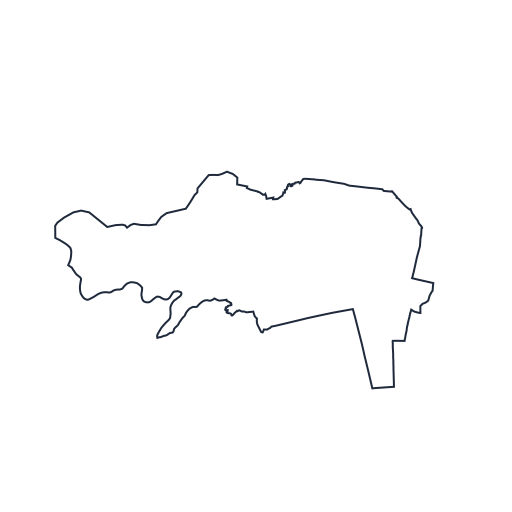 outline of Sacu, Caras-Severin, Romania, rotated 212°
{"feature_id": "2599482B680893126759", "entity_name": "Sacu", "entity_type": "district", "adm_level": 2, "iso_a3": "ROU", "parent_name": "Romania", "parent_adm1": "Caras-Severin", "projection": "orthographic", "projection_center": [22.117, 45.574], "detail": "fine", "context": "isolated", "style": "outline", "palette": "slate", "viewbox_px": 512, "rotation_deg": 212, "n_neighbors": 0, "source": "geoboundaries", "source_scale": "gbopen_adm2", "svg_char_len": 6021}
<svg xmlns="http://www.w3.org/2000/svg" viewBox="0 0 512 512"><g transform="rotate(212 256 256)"><path d="M88.0,319.3L87.8,319.9L87.8,320.1L89.7,323.7L91.3,327.0L106.7,321.6L111.9,319.9L112.4,321.8L113.0,323.4L113.1,323.8L113.4,324.7L113.5,325.2L119.0,340.6L122.2,351.3L126.1,358.5L126.1,358.9L126.9,360.2L126.8,360.8L130.3,367.2L130.0,367.6L130.2,368.1L131.7,368.9L134.2,369.6L135.4,370.1L136.8,371.1L138.3,372.0L139.7,372.4L146.4,375.2L147.9,376.2L149.8,377.7L150.5,376.8L154.1,377.2L156.0,377.5L160.7,378.7L165.8,380.2L167.0,379.9L167.6,379.9L167.8,380.1L167.9,380.8L174.9,383.0L175.2,382.8L175.2,382.4L182.1,378.9L184.3,379.5L190.9,376.4L197.8,372.9L207.4,368.4L214.2,365.1L219.5,363.9L224.9,361.6L230.4,359.3L238.6,356.2L245.7,352.4L247.8,351.6L248.1,351.3L251.8,349.4L255.3,347.5L256.7,346.4L257.0,344.1L257.1,342.8L257.0,341.7L257.4,340.8L258.9,341.4L260.0,340.5L260.6,339.7L261.3,339.3L261.7,338.7L261.7,338.1L261.6,337.7L262.8,336.9L263.6,335.8L263.1,335.4L262.5,335.4L262.3,334.9L263.2,333.7L263.8,333.6L265.4,334.8L266.0,334.8L266.6,333.5L266.1,331.7L265.9,331.7L266.2,330.9L265.9,330.0L265.4,329.6L265.4,328.6L266.5,327.1L265.3,325.6L265.1,324.9L266.5,324.4L265.9,323.1L265.6,321.1L266.4,319.5L267.9,315.9L269.6,314.5L271.7,313.1L272.3,314.7L277.3,310.1L279.3,312.3L281.0,313.6L281.1,312.5L282.7,311.6L283.3,311.9L284.0,311.7L285.7,311.9L287.0,311.9L288.6,311.4L288.8,311.6L295.9,309.3L299.8,308.8L300.0,309.4L300.3,310.3L309.9,306.7L313.4,312.6L319.0,313.3L325.3,312.1L328.4,307.5L331.1,304.5L333.3,303.3L335.4,302.0L337.5,300.6L339.0,299.5L341.4,282.4L339.5,278.8L340.4,275.1L340.3,270.8L340.3,266.6L340.4,262.4L340.6,258.9L354.5,245.0L357.0,239.1L357.3,236.4L357.5,233.7L357.6,229.9L362.6,225.7L370.3,221.2L376.5,218.7L378.7,216.0L380.4,211.7L383.1,212.6L385.8,211.8L391.4,207.8L397.5,201.8L420.6,204.6L428.4,201.8L434.0,196.2L439.1,186.9L442.1,179.1L442.3,175.2L435.8,165.0L430.6,165.5L428.9,165.5L424.2,165.5L422.3,165.4L419.2,164.9L417.4,164.3L415.2,162.2L413.1,158.5L411.5,154.8L410.8,151.5L410.4,148.7L405.8,148.5L404.1,147.5L402.2,146.8L399.9,145.7L398.2,145.2L393.8,144.7L393.3,144.5L392.6,144.2L392.2,143.7L391.8,143.2L391.3,141.7L389.9,138.4L389.2,136.9L387.8,134.7L386.5,133.1L385.2,131.7L384.0,130.9L382.7,130.2L380.8,129.4L380.0,129.1L378.9,129.0L378.2,129.0L376.8,129.2L375.8,129.5L374.7,130.6L373.9,132.0L372.0,135.2L369.8,139.9L369.1,141.0L368.0,142.5L367.0,143.6L365.9,144.5L364.8,145.3L362.8,146.5L361.3,147.1L360.2,148.0L359.5,149.1L358.8,150.7L358.2,151.7L357.6,152.4L356.7,153.3L355.5,154.3L353.8,155.3L352.9,156.4L352.4,156.9L352.0,157.9L351.9,159.3L351.6,161.4L351.2,162.9L350.7,164.3L349.8,165.7L348.6,167.1L347.4,168.0L345.1,169.1L342.5,169.9L341.0,169.9L338.4,169.6L336.9,169.2L335.7,168.7L334.6,166.7L332.7,162.4L331.6,161.2L329.9,159.4L328.3,158.4L326.7,158.1L325.1,158.4L323.7,159.0L322.2,160.1L321.4,161.4L320.8,162.8L320.5,164.2L319.2,167.6L318.4,169.1L317.3,169.7L315.9,170.3L313.5,170.3L310.8,170.7L309.8,171.1L308.8,171.8L308.0,172.6L307.6,173.5L307.2,174.6L307.1,175.5L307.1,179.2L307.0,181.3L306.4,182.5L305.3,183.4L303.7,184.7L301.8,185.2L300.3,185.4L299.4,184.8L299.0,183.7L298.9,182.7L299.2,181.2L300.0,179.4L301.0,176.5L301.8,174.8L302.1,172.4L302.1,171.5L302.0,169.6L301.8,168.6L301.5,167.4L300.9,166.2L299.5,164.2L297.8,161.8L296.6,159.2L296.1,158.1L296.0,157.5L296.1,155.8L297.2,151.3L298.0,146.7L298.2,144.7L298.1,139.8L298.0,138.3L297.8,136.5L297.1,135.2L296.2,134.3L295.1,135.7L293.8,136.7L291.7,139.6L291.0,140.1L290.5,140.6L289.5,142.1L288.2,145.1L286.2,146.8L286.0,148.3L286.7,150.3L286.8,150.8L286.5,152.8L286.0,154.3L285.7,155.7L285.6,156.8L285.8,159.3L285.5,164.2L285.2,165.8L284.8,167.5L284.9,168.6L285.1,169.4L285.2,170.7L285.1,172.8L284.6,175.8L284.2,176.6L283.2,178.4L282.4,179.4L281.2,180.2L280.0,180.9L279.3,181.5L279.0,182.4L278.8,184.2L278.1,186.8L277.4,188.7L276.6,190.2L275.5,191.5L274.1,192.6L273.1,193.0L272.1,193.3L271.1,193.9L270.5,194.5L269.1,196.9L268.8,197.9L268.2,198.0L266.4,198.1L264.7,198.3L263.5,198.7L262.1,199.7L259.4,201.9L257.8,203.3L257.6,203.2L257.5,202.5L257.2,202.4L254.1,202.9L253.8,202.7L253.5,202.6L252.2,202.9L251.9,202.7L251.7,202.3L251.6,202.0L251.1,201.8L250.9,201.3L253.4,198.7L253.2,198.0L253.3,197.7L254.1,196.8L253.8,196.5L254.1,195.9L253.8,195.7L253.9,195.2L253.8,194.6L253.6,194.1L253.2,193.9L252.6,194.1L251.7,194.9L251.3,195.1L251.1,194.7L250.8,194.0L251.2,193.7L251.3,193.4L251.4,193.1L251.2,192.7L250.9,192.5L249.4,192.7L247.7,193.6L246.5,193.7L246.0,193.4L245.3,192.7L244.9,192.7L244.6,193.0L244.4,193.6L244.2,194.6L243.9,196.5L243.0,199.5L242.6,199.4L242.4,199.4L241.4,201.1L238.9,201.4L238.4,201.5L237.3,202.3L236.2,202.7L234.9,203.0L233.9,203.4L231.9,205.0L228.8,207.4L228.2,206.8L225.4,204.4L223.6,203.7L222.1,203.5L222.0,203.2L221.0,201.5L220.0,200.1L218.8,198.9L218.0,198.3L211.4,194.3L209.9,194.7L209.9,195.7L210.4,197.8L207.6,199.5L207.0,200.8L206.3,201.8L205.9,202.5L205.7,203.2L205.6,204.2L202.9,206.7L200.0,209.6L183.6,226.3L179.5,230.5L175.4,234.5L171.3,238.5L160.7,248.7L152.0,256.6L145.7,262.3L141.0,257.9L140.9,257.9L119.4,237.3L115.0,232.9L112.1,229.9L99.9,218.0L87.2,205.4L84.6,207.4L69.7,218.2L72.0,221.7L80.3,234.2L81.0,235.4L82.1,236.9L84.1,240.1L86.1,242.9L87.3,244.9L89.9,248.7L90.9,250.0L92.6,252.6L93.8,254.6L94.3,255.1L95.1,256.4L95.1,256.5L91.8,258.6L86.4,261.9L85.0,262.7L85.4,263.5L85.9,265.1L86.3,266.1L86.7,266.9L86.9,267.6L87.4,268.5L87.6,269.3L88.2,270.8L88.2,271.1L88.7,272.3L89.3,273.7L89.8,274.7L90.2,275.6L90.5,276.4L90.7,277.2L91.1,278.0L91.1,278.4L91.3,278.8L91.6,279.4L91.8,280.2L92.0,280.6L92.2,281.1L92.2,281.3L92.8,283.0L93.3,284.7L93.5,285.5L93.9,286.3L94.4,287.8L94.8,288.7L94.9,289.4L95.1,289.7L95.2,290.2L95.2,290.5L95.9,292.8L93.0,292.7L91.8,292.9L91.1,293.1L90.4,293.3L88.8,293.8L87.1,294.4L86.4,294.8L90.0,300.5L90.1,301.1L89.6,302.3L89.6,302.6L89.6,303.2L89.5,303.4L89.4,303.7L89.2,304.0L88.6,304.8L87.6,306.2L86.7,308.2L86.4,309.0L86.4,309.4L86.4,309.7L87.6,313.9L87.7,314.3L87.8,314.7L88.0,319.3Z" fill="none" stroke="#1e293b" stroke-width="2"/></g></svg>